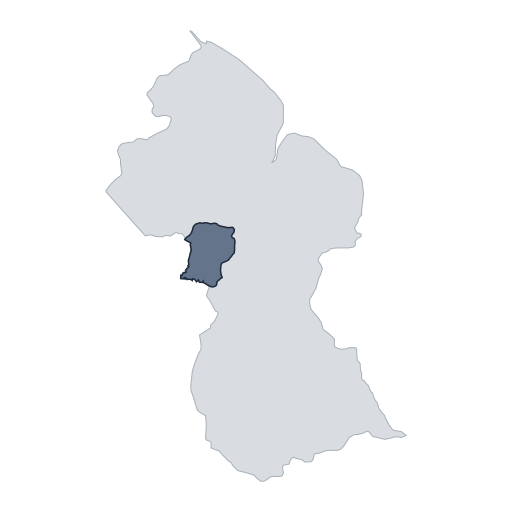 VIII-1 Ireng/Upper Potaro, Potaro-Siparuni, Guyana (highlighted)
{"feature_id": "73187651B95779409673376", "entity_name": "VIII-1 Ireng/Upper Potaro", "entity_type": "district", "adm_level": 2, "iso_a3": "GUY", "parent_name": "Guyana", "parent_adm1": "Potaro-Siparuni", "projection": "orthographic", "projection_center": [-59.613, 4.894], "detail": "fine", "context": "in_parent", "style": "filled", "palette": "slate", "viewbox_px": 512, "rotation_deg": 0, "n_neighbors": 0, "source": "geoboundaries", "source_scale": "gbopen_adm2", "svg_char_len": 6346}
<svg xmlns="http://www.w3.org/2000/svg" viewBox="0 0 512 512"><path d="M145.3,235.9L132.4,221.4L119.4,206.9L106.7,192.6L105.8,190.6L111.2,183.8L116.0,179.0L120.0,176.2L121.9,173.8L120.5,163.3L120.5,159.5L118.7,155.4L117.4,150.8L119.0,147.0L120.9,144.3L123.4,143.3L129.4,142.4L133.6,142.0L135.1,140.4L137.5,138.7L140.7,138.6L147.0,139.8L149.8,137.5L155.0,134.4L166.7,129.0L169.3,125.5L171.1,120.0L170.9,117.4L169.7,116.5L166.9,115.6L162.4,115.4L158.9,116.8L155.2,116.1L152.2,112.7L152.0,109.9L153.8,106.0L152.8,103.3L147.0,95.0L147.1,92.8L151.3,89.0L153.7,85.9L157.0,78.3L159.6,75.8L167.6,74.9L169.7,73.3L173.8,69.3L180.0,64.7L188.8,61.1L191.4,54.4L192.9,52.6L200.0,49.1L201.2,47.3L201.0,45.6L189.8,30.7L192.0,31.7L200.7,41.5L205.6,43.6L206.6,43.6L206.6,41.1L211.1,42.2L222.6,48.8L239.4,59.8L263.0,80.5L269.8,88.4L274.3,92.2L281.4,101.2L283.4,105.6L283.3,123.3L277.1,135.2L275.6,144.2L275.2,156.1L271.6,163.0L276.4,159.3L277.9,148.5L282.0,141.9L287.3,134.7L294.4,133.0L302.0,136.0L308.2,136.6L313.6,138.7L325.2,150.1L336.6,159.2L340.7,166.5L352.7,170.1L359.8,175.8L362.1,180.8L363.5,193.8L361.3,213.5L362.0,214.4L358.7,218.3L358.2,220.8L356.1,225.2L354.5,227.5L356.8,233.0L359.6,233.2L360.6,233.9L361.3,235.0L361.1,236.1L360.1,237.2L357.5,238.5L355.1,241.6L355.3,245.1L353.8,246.9L348.8,247.9L339.1,247.9L334.4,248.1L330.6,248.8L328.1,251.0L324.9,252.6L322.4,252.9L320.2,255.6L318.0,259.3L318.7,261.8L321.0,265.1L322.4,268.6L320.6,274.2L318.7,278.5L317.6,281.8L316.1,288.1L312.3,295.1L309.7,299.1L309.7,303.4L311.1,309.5L318.7,318.4L321.2,322.6L323.3,329.5L330.2,334.8L334.5,339.2L334.2,344.9L334.7,346.7L337.4,348.1L340.7,349.2L344.3,349.1L347.5,348.6L348.3,347.8L355.7,347.7L356.6,349.1L357.0,357.4L357.3,360.7L359.1,362.1L360.2,364.1L360.2,366.0L360.6,370.6L361.7,373.1L361.5,378.0L362.3,379.8L364.4,381.0L367.0,384.6L368.0,385.0L368.5,386.2L370.7,391.3L371.9,392.8L372.6,393.0L373.0,394.7L374.6,399.4L375.7,400.6L377.8,404.0L378.6,407.8L381.4,412.1L384.2,415.0L385.5,418.1L389.1,425.0L392.6,429.8L397.3,431.0L401.3,431.6L403.8,433.5L406.2,435.5L403.6,436.4L401.2,437.6L398.0,436.7L393.5,437.2L388.8,438.6L384.5,439.3L376.4,437.2L373.9,436.9L372.2,436.0L368.8,431.7L367.2,431.2L362.9,433.2L357.6,434.6L355.0,434.4L352.0,435.8L349.2,437.7L343.8,446.0L341.1,449.0L338.1,450.3L332.1,450.3L325.8,450.6L321.0,452.6L316.5,453.7L314.3,453.8L313.5,458.3L312.5,460.4L311.1,461.7L307.6,462.0L304.5,461.9L302.6,460.0L299.1,459.0L296.0,458.4L294.0,457.3L292.3,457.6L291.0,459.5L289.9,461.1L289.0,464.1L284.2,465.0L282.2,466.7L283.4,472.3L282.8,474.5L281.9,476.1L276.1,476.5L271.3,476.4L268.5,478.4L265.0,480.8L262.8,481.3L260.4,481.1L257.0,478.4L253.8,475.0L245.8,472.6L237.7,470.6L232.5,465.2L231.2,462.5L228.7,461.3L222.5,454.9L219.1,450.8L215.3,449.7L211.0,447.9L211.2,444.9L210.9,442.0L209.1,440.9L206.5,440.1L205.5,438.5L205.8,434.7L206.3,424.9L205.6,415.6L199.8,412.3L197.3,410.1L193.0,396.3L190.9,390.1L190.8,385.4L192.3,371.6L193.9,365.7L198.4,353.7L200.9,349.6L201.1,346.6L200.8,342.7L199.5,335.0L207.0,330.2L210.3,328.1L210.8,324.9L214.8,320.8L216.6,316.9L218.1,313.8L217.7,312.2L215.9,311.2L213.9,308.3L209.5,299.9L208.0,298.2L206.6,295.8L207.3,292.1L209.0,288.0L208.8,286.3L206.2,284.2L200.8,280.5L196.4,280.3L192.9,278.9L187.9,278.8L183.8,278.3L181.5,277.0L182.0,274.8L183.0,273.0L186.4,268.8L188.7,264.3L189.0,259.9L189.7,254.0L190.7,249.0L191.2,243.3L185.9,239.5L184.2,236.4L182.0,233.7L179.6,233.7L175.9,232.5L170.2,236.1L165.7,235.4L162.6,236.8L155.4,236.5L150.9,234.7L145.3,235.9Z" fill="#d9dde1" stroke="#a8b0b8" stroke-width="1"/><path d="M216.5,223.6L216.3,223.6L215.8,223.6L215.0,223.3L214.3,223.1L213.7,223.5L213.1,223.5L211.6,223.7L211.1,223.8L210.5,223.8L209.5,223.6L208.9,223.4L208.3,223.2L207.7,223.0L207.0,222.9L206.4,222.8L205.8,222.8L205.1,222.8L204.4,222.8L203.6,222.9L202.8,223.1L202.1,223.3L201.5,223.3L200.9,223.1L200.2,222.8L199.5,222.8L198.9,223.2L198.1,223.4L197.5,223.5L196.7,223.8L195.8,224.1L195.4,224.6L194.8,225.0L194.3,225.3L194.0,226.0L193.4,226.6L193.2,227.3L193.1,227.9L192.8,228.4L192.7,229.0L192.6,229.6L192.4,230.3L192.1,230.8L191.9,231.4L191.7,232.1L191.4,232.7L191.1,233.2L190.7,233.8L190.3,234.4L189.9,234.8L189.4,235.3L188.8,235.7L188.3,236.2L187.7,236.6L187.0,237.0L186.5,237.4L185.7,238.3L184.7,239.4L184.8,239.7L190.9,243.1L190.2,244.7L191.3,250.0L188.3,260.9L188.8,264.4L188.0,265.7L188.8,266.7L185.8,269.9L186.0,272.4L182.8,273.1L182.0,275.6L180.8,275.2L180.7,278.6L184.2,278.9L184.0,277.9L185.0,277.6L185.1,278.5L186.4,278.3L186.3,279.4L190.4,279.3L192.3,280.5L192.5,278.8L194.7,279.4L196.5,281.8L198.5,280.0L199.3,282.2L202.1,282.4L203.2,281.2L203.2,282.4L210.1,286.4L210.6,286.6L210.9,286.4L212.5,287.0L213.2,286.8L213.7,286.7L214.2,286.6L214.7,286.3L215.3,286.1L215.8,285.8L216.1,285.3L216.5,285.0L216.7,284.4L216.7,283.9L216.7,283.4L216.7,282.8L217.0,282.2L217.3,281.6L217.6,281.2L218.1,280.7L218.6,280.3L219.2,279.9L219.6,279.5L219.9,279.1L220.3,278.6L220.8,278.4L221.6,278.0L222.1,277.7L222.2,277.2L221.8,276.7L221.5,275.7L221.3,275.1L221.1,274.4L220.9,273.8L220.9,273.2L220.8,272.6L220.7,272.0L220.6,271.3L220.5,270.8L220.5,270.3L220.6,269.7L220.6,269.1L220.7,268.3L220.7,267.7L220.8,267.1L220.9,266.3L220.9,265.5L221.1,264.9L221.4,264.2L221.6,263.6L222.0,263.1L222.6,262.7L223.2,262.4L223.9,262.1L224.6,261.9L225.3,261.7L226.2,261.2L226.9,260.8L227.5,260.6L228.2,260.2L228.8,259.6L229.3,259.0L229.6,258.5L230.0,257.9L230.5,257.5L230.9,257.0L231.4,256.4L231.8,255.9L232.0,255.4L232.5,254.7L233.0,254.2L233.6,253.6L234.0,253.2L234.2,252.6L234.3,252.0L234.4,251.3L234.5,250.7L234.6,250.0L234.6,249.2L234.6,248.6L234.6,247.9L234.5,247.2L234.6,245.7L234.7,245.0L234.7,244.5L234.7,243.8L234.9,243.0L235.0,242.3L235.0,241.6L234.9,240.9L234.7,240.4L234.6,239.8L234.4,239.2L234.1,238.6L233.7,238.2L233.0,237.9L232.5,237.6L232.1,237.2L231.8,236.8L231.6,236.2L231.8,235.5L232.0,234.9L232.5,234.2L232.9,233.7L233.3,233.2L233.7,232.5L234.0,232.0L234.1,231.4L234.2,230.9L234.3,230.3L234.2,229.6L234.1,229.0L233.7,228.5L233.2,227.9L232.8,227.5L232.3,227.3L231.6,227.3L230.9,227.4L230.3,227.5L229.6,227.7L229.1,227.6L228.4,227.6L227.9,227.6L227.0,227.5L226.2,227.4L225.5,227.2L224.8,227.0L224.1,226.8L223.5,226.7L222.7,226.6L222.0,226.5L221.5,226.3L220.8,226.1L220.1,225.9L219.4,225.7L218.9,225.4L218.2,225.1L217.7,224.9L217.2,224.2L216.5,223.6Z" fill="#64748b" stroke="#1e293b" stroke-width="1.5"/></svg>